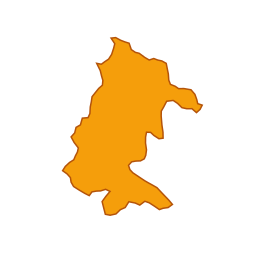 Vespasiano, Minas Gerais, Brazil, rotated 156°
{"feature_id": "56859067B4954483549990", "entity_name": "Vespasiano", "entity_type": "district", "adm_level": 2, "iso_a3": "BRA", "parent_name": "Brazil", "parent_adm1": "Minas Gerais", "projection": "natural_earth1", "projection_center": [-43.949, -19.73], "detail": "fine", "context": "isolated", "style": "filled", "palette": "amber", "viewbox_px": 256, "rotation_deg": 156, "n_neighbors": 0, "source": "geoboundaries", "source_scale": "gbopen_adm2", "svg_char_len": 1580}
<svg xmlns="http://www.w3.org/2000/svg" viewBox="0 0 256 256"><g transform="rotate(156 128 128)"><path d="M130.3,199.8L130.0,191.7L131.0,186.2L131.6,181.7L134.0,177.5L138.6,176.1L143.3,173.7L148.1,171.2L150.9,166.8L153.9,162.6L156.9,156.7L160.3,153.7L165.7,155.6L170.2,150.2L175.2,149.7L178.7,145.2L183.6,143.0L183.1,136.7L181.5,130.0L184.0,126.6L187.3,124.0L190.5,121.0L195.4,120.3L200.9,118.4L205.1,115.6L202.3,110.8L200.8,106.1L202.0,101.7L201.5,96.7L198.0,91.4L194.1,85.9L190.9,82.0L186.9,84.3L182.5,83.2L178.7,81.7L173.4,81.1L170.2,77.4L176.1,74.5L181.6,71.3L183.8,58.4L179.8,55.6L173.9,54.4L168.2,56.5L162.9,56.5L157.2,60.3L151.9,56.5L148.6,52.8L142.4,54.2L139.0,51.0L135.5,45.6L132.5,40.7L128.6,40.4L123.7,39.0L118.5,40.1L120.0,45.3L123.2,54.2L125.8,61.7L129.1,66.2L131.7,69.6L134.3,73.2L137.9,78.9L141.8,85.1L143.2,89.2L142.7,93.7L138.4,95.6L134.3,94.6L130.0,92.9L125.7,93.2L122.9,95.8L120.0,100.5L118.1,107.2L115.6,112.6L112.8,116.6L109.1,114.8L107.4,110.7L104.1,105.6L100.1,104.4L97.8,109.8L95.8,116.9L94.2,121.5L92.8,125.5L90.7,129.9L87.1,132.5L81.8,136.7L75.5,134.8L72.7,130.3L70.5,124.7L66.5,121.7L61.7,119.6L59.2,114.2L54.6,115.7L50.9,118.7L54.4,121.9L53.6,126.1L53.2,131.5L54.9,137.3L60.9,141.3L65.8,143.4L67.9,146.9L71.5,150.6L71.3,155.1L69.2,160.9L67.9,166.7L66.8,171.5L69.8,175.5L73.2,178.0L76.2,181.0L81.0,181.5L84.0,185.7L87.4,191.7L90.5,194.1L93.1,198.3L92.5,205.0L95.8,207.9L99.0,211.1L102.5,215.6L106.9,217.0L105.8,210.4L108.6,206.8L113.0,201.9L117.7,198.8L121.8,198.1L126.4,197.1L130.3,199.8Z" fill="#f59e0b" stroke="#b45309" stroke-width="1.5"/></g></svg>